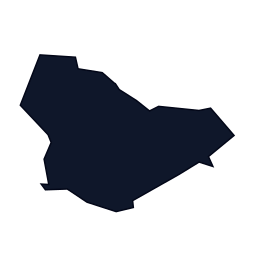 Clarke, Georgia, United States of America, rotated 174°
{"feature_id": "52423323B53340239927220", "entity_name": "Clarke", "entity_type": "district", "adm_level": 2, "iso_a3": "USA", "parent_name": "United States of America", "parent_adm1": "Georgia", "projection": "albers", "projection_center": [-83.367, 33.944], "detail": "fine", "context": "isolated", "style": "filled", "palette": "ink", "viewbox_px": 256, "rotation_deg": 174, "n_neighbors": 0, "source": "geoboundaries", "source_scale": "gbopen_adm2", "svg_char_len": 522}
<svg xmlns="http://www.w3.org/2000/svg" viewBox="0 0 256 256"><g transform="rotate(174 128 128)"><path d="M148.5,46.1L131.0,48.4L131.0,55.3L82.2,76.5L60.9,86.7L47.6,80.9L51.0,91.2L23.3,109.5L43.8,139.1L55.6,138.0L95.3,146.3L104.8,142.7L116.6,154.3L132.7,167.1L136.0,173.5L136.7,173.8L147.8,185.7L171.5,192.1L172.9,203.9L207.9,209.9L231.0,165.2L232.7,161.9L208.2,129.7L205.9,121.6L214.7,105.8L212.7,80.1L220.2,81.3L216.6,75.2L194.8,73.7L176.5,58.5L148.5,46.1Z" fill="#0f172a" stroke="#020617" stroke-width="1.5"/></g></svg>